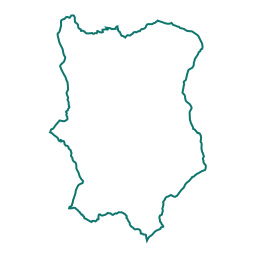 outline of Caldas, Antioquia, Colombia
{"feature_id": "7082276B42449949359128", "entity_name": "Caldas", "entity_type": "district", "adm_level": 2, "iso_a3": "COL", "parent_name": "Colombia", "parent_adm1": "Antioquia", "projection": "natural_earth1", "projection_center": [-75.63, 6.049], "detail": "fine", "context": "isolated", "style": "outline", "palette": "teal", "viewbox_px": 256, "rotation_deg": 0, "n_neighbors": 0, "source": "geoboundaries", "source_scale": "gbopen_adm2", "svg_char_len": 5707}
<svg xmlns="http://www.w3.org/2000/svg" viewBox="0 0 256 256"><path d="M175.1,196.8L177.2,195.6L177.6,194.9L178.4,194.1L178.7,193.4L181.7,189.6L183.5,187.9L184.3,186.7L184.8,185.2L185.9,183.6L187.8,181.8L188.6,181.4L189.6,180.4L191.0,178.6L191.6,178.1L192.1,177.1L194.1,176.4L195.0,175.3L196.0,174.7L196.7,173.9L197.7,173.6L202.0,171.1L205.0,170.0L205.5,169.0L205.7,167.6L205.9,166.5L205.7,165.6L205.4,164.9L204.5,163.9L203.4,162.1L203.5,160.6L202.9,159.3L203.0,158.3L203.9,156.5L202.7,152.7L202.1,151.8L201.7,149.9L201.4,148.0L201.6,147.3L201.5,145.8L201.7,144.5L201.6,143.6L201.3,142.7L200.7,141.8L200.6,140.9L200.9,140.3L201.1,137.8L200.8,135.8L200.1,134.2L199.5,133.4L199.0,133.4L198.5,132.9L197.6,133.0L194.7,129.5L193.2,128.9L193.0,127.4L192.7,126.5L192.2,125.7L191.4,123.9L190.8,122.9L190.5,121.4L189.9,119.7L189.9,118.6L189.6,113.1L189.8,111.6L191.4,108.7L191.6,107.8L191.5,107.3L190.1,104.6L189.1,103.6L187.2,102.2L185.9,100.8L185.6,100.1L185.2,98.3L185.0,96.3L184.6,95.3L184.2,94.5L182.6,93.0L182.5,92.5L183.4,88.0L183.6,86.3L184.2,84.1L183.7,82.2L183.8,81.9L184.0,81.5L185.7,80.1L186.0,79.5L187.0,74.7L188.3,70.4L188.7,69.9L189.7,69.1L191.8,68.1L192.4,67.5L193.4,66.0L193.7,65.2L193.9,62.3L194.5,60.9L194.8,59.1L198.0,54.3L198.6,52.5L199.3,51.7L199.8,51.5L200.3,50.9L200.8,49.5L202.2,48.8L202.5,47.6L202.5,46.2L202.1,43.6L198.4,36.1L197.4,35.0L192.2,31.5L190.9,31.2L189.2,31.2L186.6,30.7L183.9,28.9L180.1,28.0L178.9,26.8L177.3,26.5L175.6,25.7L173.1,24.9L171.8,23.2L171.5,22.9L170.3,23.5L169.6,23.6L168.3,23.8L167.4,23.7L166.1,23.5L157.6,20.6L157.2,21.2L156.1,21.9L154.9,22.9L153.4,23.3L152.2,24.1L148.0,24.1L147.3,24.4L146.3,25.6L145.7,27.3L144.4,28.5L142.6,29.1L141.9,29.0L141.2,29.4L140.5,30.1L139.8,31.2L138.8,31.1L136.4,32.3L135.1,32.0L133.6,32.4L132.6,33.8L131.3,34.5L130.5,35.3L130.1,35.5L127.4,35.2L125.7,36.8L125.3,37.5L122.9,35.9L121.6,35.8L120.3,33.3L120.1,32.5L119.6,31.8L119.0,31.6L117.7,29.6L118.1,29.0L117.5,27.4L117.5,26.4L116.8,26.5L116.5,26.7L115.5,28.3L115.4,28.8L114.9,28.6L113.9,29.1L112.7,28.9L112.2,29.1L111.8,29.1L111.3,28.7L110.8,28.6L110.2,28.2L109.3,28.0L108.4,28.1L108.1,27.9L106.7,27.7L107.2,28.2L106.6,28.2L106.5,28.5L107.9,29.1L107.8,29.3L107.5,29.6L105.4,29.2L104.6,29.5L102.5,29.7L102.5,30.8L102.9,32.0L102.1,32.4L101.3,32.5L100.8,32.3L100.1,32.3L97.7,31.0L97.3,31.1L97.3,32.0L97.0,32.3L96.7,33.2L94.8,33.2L93.7,33.8L92.8,33.7L92.1,33.0L89.2,33.4L86.7,33.4L85.9,33.0L84.4,31.6L83.3,30.9L82.7,30.7L81.5,30.9L80.9,30.8L80.8,29.4L79.8,29.0L78.6,28.1L78.1,26.5L77.9,24.5L76.5,23.2L75.2,22.3L74.8,20.1L74.8,17.7L74.5,16.7L73.7,15.5L72.3,15.4L71.5,15.5L71.1,15.7L69.9,17.6L69.7,17.8L67.5,17.0L66.2,17.1L64.5,18.9L62.9,19.4L61.4,20.2L61.1,21.0L61.0,21.9L61.1,25.5L59.9,30.5L59.4,31.7L58.8,32.6L57.8,33.3L57.7,33.6L57.6,34.3L57.9,36.5L58.5,38.6L59.2,41.9L59.6,43.0L62.6,49.1L63.4,53.3L64.0,55.2L65.2,57.1L65.2,57.7L64.7,59.9L64.0,61.5L63.4,62.3L62.1,63.3L61.1,64.4L60.4,65.4L60.1,66.2L61.6,70.0L64.3,75.1L65.4,76.8L66.5,80.2L67.2,81.8L67.5,82.2L67.7,84.3L67.9,85.2L67.9,86.9L68.1,88.7L67.8,90.2L66.6,92.6L66.6,93.2L66.8,94.3L68.1,97.4L68.1,98.3L67.5,99.6L68.6,102.2L68.7,102.7L68.6,104.3L68.9,105.0L68.9,106.3L69.4,107.1L68.9,108.0L68.3,108.6L68.2,109.2L68.0,109.5L67.7,110.4L66.3,111.3L66.1,111.8L66.1,112.2L66.8,113.2L66.4,114.6L66.4,115.5L67.4,117.0L67.3,117.8L67.5,118.9L67.3,119.4L66.3,120.2L64.3,121.2L63.4,121.2L59.7,120.5L55.9,124.8L53.5,128.2L52.7,128.9L51.7,129.1L51.1,129.6L50.9,129.9L50.4,131.8L50.1,132.3L52.0,133.2L54.1,135.2L56.8,137.1L57.9,138.3L58.4,139.8L59.3,141.0L60.7,139.9L61.1,140.2L61.3,141.5L62.5,140.9L63.9,141.3L64.2,141.8L64.6,144.2L65.1,144.6L65.6,145.6L67.5,145.9L68.4,146.9L68.6,148.2L68.8,148.6L70.7,150.3L71.0,152.0L71.3,152.4L71.5,153.4L71.1,154.9L71.1,156.1L72.5,158.1L72.5,159.3L72.8,160.2L74.1,161.8L75.3,162.3L76.1,163.9L76.4,166.2L76.3,167.7L76.5,168.9L78.5,172.6L79.7,176.5L81.4,179.3L82.6,180.4L83.0,181.2L82.5,183.1L80.6,183.8L78.6,185.0L78.0,185.7L75.9,190.1L75.3,193.9L74.5,196.1L74.0,197.9L73.1,200.0L72.9,201.0L72.9,202.1L72.0,204.3L71.9,205.4L71.0,206.2L70.6,206.8L69.6,206.9L69.1,208.3L70.2,208.5L71.1,208.1L71.8,208.3L73.9,207.7L74.7,207.8L75.4,208.1L75.9,208.9L77.3,209.7L78.0,210.5L78.7,211.4L79.6,212.0L80.3,213.2L80.8,213.5L81.5,214.7L82.4,214.7L83.1,215.9L84.1,216.7L84.2,217.8L84.4,218.3L85.9,218.8L88.1,220.2L91.4,222.0L91.8,221.8L92.1,221.1L92.4,220.9L94.2,220.9L95.5,221.4L96.5,220.6L97.0,219.5L98.5,219.3L98.6,218.8L98.3,218.2L98.5,217.1L98.6,215.2L98.9,214.6L99.3,214.4L99.9,214.4L101.2,215.3L102.3,215.6L104.2,215.1L105.7,214.5L106.6,213.9L107.6,213.0L107.9,212.9L109.0,213.3L110.4,213.3L112.0,214.6L112.9,214.9L115.3,213.4L115.8,213.3L116.4,213.6L116.8,213.5L118.9,212.2L120.3,212.4L121.6,212.3L122.3,212.7L122.8,212.8L123.8,213.5L124.8,213.9L125.4,214.5L125.7,215.2L126.7,216.1L126.5,218.0L127.2,218.4L128.2,220.8L129.5,222.5L129.7,223.2L129.8,224.3L130.4,225.5L131.1,226.4L132.3,227.3L133.1,227.7L134.3,229.0L134.7,229.3L135.5,229.3L136.6,229.1L138.1,229.1L139.8,229.8L140.6,231.3L140.7,232.2L140.7,233.4L140.9,233.7L142.5,233.7L143.4,234.5L145.3,234.6L145.9,234.9L146.2,237.0L147.0,240.6L148.4,237.9L149.3,236.8L152.0,234.9L154.5,232.0L156.2,230.7L160.5,228.8L160.7,227.8L161.0,227.4L163.3,226.7L163.3,226.4L162.9,226.1L162.9,225.7L162.5,225.0L162.1,224.7L161.3,223.6L161.2,222.8L160.5,221.9L160.1,221.7L159.8,219.3L159.5,218.3L159.4,217.0L160.0,215.5L161.7,214.8L162.0,214.4L162.2,212.7L162.7,211.7L162.8,210.9L162.6,209.6L162.3,208.7L163.4,205.3L163.2,204.3L163.5,203.7L163.5,203.1L163.1,202.3L163.2,201.8L164.9,199.5L165.1,199.1L165.0,198.8L166.1,197.3L166.6,196.9L167.8,196.6L169.2,196.0L170.5,195.1L171.3,195.1L172.6,196.0L174.5,196.8L175.1,196.8Z" fill="none" stroke="#0f766e" stroke-width="2"/></svg>